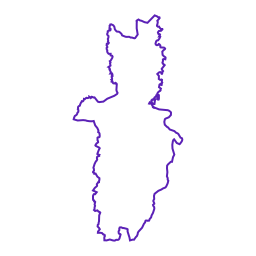 outline of Bagoue, Savanes, Ivory Coast
{"feature_id": "98640826B26044148659027", "entity_name": "Bagoue", "entity_type": "district", "adm_level": 2, "iso_a3": "CIV", "parent_name": "Ivory Coast", "parent_adm1": "Savanes", "projection": "natural_earth1", "projection_center": [-6.474, 9.903], "detail": "fine", "context": "isolated", "style": "outline", "palette": "violet", "viewbox_px": 256, "rotation_deg": 0, "n_neighbors": 0, "source": "geoboundaries", "source_scale": "gbopen_adm2", "svg_char_len": 5724}
<svg xmlns="http://www.w3.org/2000/svg" viewBox="0 0 256 256"><path d="M162.2,82.6L161.8,82.3L162.0,79.8L161.5,79.5L160.2,79.9L158.8,79.0L158.9,75.9L157.3,74.0L158.9,72.5L160.0,72.1L160.9,72.2L161.5,73.7L161.9,73.9L162.2,73.5L162.3,72.4L163.1,71.1L161.9,69.6L161.7,68.8L164.7,65.1L164.4,64.7L163.3,64.3L163.1,63.5L162.4,62.8L163.0,60.9L162.9,59.5L163.2,59.2L163.9,59.0L165.3,59.3L165.6,57.8L165.4,57.3L163.8,56.2L162.6,54.9L162.3,51.6L163.5,50.2L164.9,49.2L165.1,48.5L164.0,47.6L160.6,47.4L160.3,47.0L160.3,45.4L159.3,44.2L158.7,44.0L158.0,45.0L156.9,45.2L155.8,44.6L155.5,43.5L156.2,41.2L157.2,40.4L158.1,40.3L159.4,38.6L160.3,36.6L159.9,36.0L159.2,36.2L160.0,34.5L159.6,34.1L158.5,34.0L157.9,32.6L158.1,32.0L158.9,31.0L161.0,30.8L162.4,29.4L162.3,29.0L160.9,29.0L159.5,27.5L159.1,26.6L157.9,26.7L157.0,25.9L157.0,25.1L157.3,24.7L157.8,22.0L157.3,20.8L159.0,18.9L159.1,18.1L159.6,17.9L159.4,17.3L158.0,17.2L157.3,16.5L154.7,15.4L147.5,22.8L144.6,22.2L141.6,20.8L139.9,20.4L138.5,19.5L137.1,20.3L136.5,21.0L136.9,21.8L136.7,22.7L136.7,28.4L137.7,34.5L135.1,38.1L134.3,38.3L131.8,37.5L130.8,37.6L129.2,36.8L126.4,36.9L125.4,36.7L122.1,35.4L121.5,33.9L119.7,32.2L118.8,31.7L117.0,31.6L116.2,31.0L114.9,29.4L114.3,26.7L113.3,25.3L111.2,24.3L110.3,24.5L110.3,25.0L109.6,25.7L109.7,27.3L109.4,28.0L109.5,28.6L110.6,29.0L110.6,29.5L110.4,30.2L109.8,30.6L108.7,30.5L107.7,31.3L107.8,32.3L107.2,33.8L107.2,34.6L108.5,36.1L108.4,37.7L107.8,39.0L108.2,40.3L107.9,41.5L108.8,42.8L108.6,43.3L108.1,43.8L107.2,43.5L106.8,43.7L106.6,45.4L107.2,46.2L107.3,47.0L107.3,47.3L106.7,47.7L106.6,48.2L106.8,49.6L107.3,50.3L107.2,51.7L107.6,52.6L108.6,53.8L110.6,53.8L110.5,54.9L110.6,55.4L112.2,55.8L112.6,56.7L112.3,57.8L110.6,60.7L109.8,61.2L110.5,62.6L110.0,63.2L110.5,65.6L108.5,67.0L109.2,67.3L109.4,68.2L109.3,68.8L109.9,69.0L110.0,69.2L109.8,70.3L110.7,71.6L110.6,72.1L110.9,72.6L110.5,73.3L111.4,73.1L111.7,73.3L111.7,74.0L112.2,73.8L112.4,74.5L112.1,74.8L112.1,75.9L112.5,75.9L112.5,76.3L112.0,76.7L111.7,76.6L111.6,76.9L112.1,78.5L112.0,79.3L111.5,79.6L112.0,80.0L111.7,81.1L112.1,81.0L112.3,81.2L112.1,81.8L112.6,82.0L112.6,82.5L113.3,83.3L114.2,83.5L115.3,82.9L115.8,83.6L116.3,83.4L116.8,84.1L116.4,90.0L116.9,91.8L117.5,92.6L117.4,93.4L117.0,94.0L114.3,95.8L107.3,98.7L103.4,101.6L99.2,102.1L97.9,101.7L94.5,97.4L93.3,97.5L92.6,97.0L91.7,96.8L91.3,97.6L90.8,98.0L90.3,97.2L89.3,96.7L89.4,97.4L88.9,97.8L87.2,98.1L86.5,97.8L85.8,98.2L84.9,99.1L84.0,98.9L84.0,99.4L83.3,100.9L82.8,101.3L81.8,101.2L81.6,102.0L81.1,102.4L80.1,104.6L79.9,105.6L78.6,106.3L78.1,107.0L78.0,107.8L78.1,108.6L77.8,109.2L78.4,110.1L78.3,111.8L77.4,112.8L77.2,113.8L76.5,114.9L74.8,116.0L74.0,117.9L73.7,119.3L77.7,120.5L83.2,120.1L85.7,120.4L86.8,120.8L89.3,121.2L91.9,121.3L93.7,121.0L95.2,125.4L97.3,128.0L98.4,130.4L98.2,132.2L99.0,132.6L99.5,133.5L99.7,135.5L99.6,136.8L99.2,137.2L98.0,137.3L97.5,137.7L97.5,140.3L98.0,141.1L98.1,142.3L96.5,143.5L95.6,144.8L95.4,145.5L95.9,146.0L99.2,147.6L99.7,148.2L98.7,150.2L97.4,153.7L97.4,154.1L99.4,154.9L99.0,155.5L99.1,156.0L97.6,156.5L97.0,157.1L96.9,158.2L97.2,159.5L96.6,160.7L95.9,161.3L94.6,163.9L93.4,167.8L93.9,168.9L94.0,170.7L93.1,171.7L93.0,172.2L93.3,172.6L94.2,173.0L94.3,173.8L95.6,173.6L97.4,176.7L99.4,178.2L99.4,179.9L99.1,180.7L99.0,182.2L97.9,182.4L97.6,183.3L96.9,184.0L96.8,184.5L97.1,185.2L96.9,186.1L94.8,187.9L93.0,190.5L96.7,192.2L95.1,194.2L94.0,194.1L93.6,194.5L93.0,195.9L93.0,198.3L93.1,199.9L94.0,200.4L94.1,201.4L94.9,201.5L95.2,201.9L94.6,204.6L95.1,205.9L94.6,207.1L94.5,209.3L94.0,210.0L95.1,211.0L97.4,210.4L98.5,211.6L99.6,211.9L99.6,212.4L100.2,212.8L99.2,215.3L99.0,221.4L98.6,222.8L98.6,224.0L97.8,224.8L97.6,226.5L99.0,227.9L99.8,229.2L98.0,231.6L97.9,232.8L100.7,232.8L102.1,233.1L103.1,234.3L103.6,234.3L104.2,235.0L104.8,235.2L104.8,236.4L104.4,236.9L104.3,237.9L104.4,240.3L106.6,240.4L109.8,239.5L113.2,240.5L114.8,240.6L116.2,239.8L117.9,239.9L118.7,239.5L119.4,238.6L120.6,234.5L120.3,234.1L119.3,233.9L118.7,233.1L118.6,231.3L119.4,230.0L119.2,228.9L119.7,227.5L121.0,227.3L123.0,228.1L123.6,228.0L127.0,228.9L127.6,229.3L127.6,231.6L129.5,237.6L130.0,240.4L132.8,239.6L134.0,239.7L135.9,237.0L136.8,236.2L137.6,234.4L137.9,232.6L138.6,231.5L142.1,227.7L144.0,223.7L145.1,222.4L145.4,221.0L145.7,220.6L146.9,220.5L147.6,220.8L149.1,220.6L149.7,219.0L151.1,217.4L151.6,215.4L153.0,212.9L154.3,208.8L154.2,207.1L153.3,205.9L153.0,204.9L154.3,203.7L154.2,203.1L153.3,201.1L153.4,200.5L154.2,199.0L154.0,195.9L154.6,193.8L158.4,190.8L161.4,189.5L162.9,188.5L165.4,187.5L166.2,186.5L167.6,183.5L168.3,180.7L167.7,179.7L167.7,178.1L166.9,176.3L167.4,172.2L167.0,168.3L167.1,165.7L167.9,164.5L170.8,161.8L172.0,161.8L173.0,157.2L174.3,154.6L172.5,148.6L172.3,144.8L172.9,141.1L173.5,139.8L174.1,139.3L176.8,143.0L179.5,144.2L180.0,143.8L181.6,141.6L182.1,140.6L182.3,139.4L182.0,138.3L180.5,137.6L178.3,133.9L177.3,133.2L176.2,132.8L174.4,131.1L169.8,129.5L167.9,127.3L167.0,126.9L164.8,124.7L164.3,121.9L164.9,119.2L165.6,118.6L168.8,117.3L170.9,115.0L171.0,112.6L170.6,111.9L169.0,110.7L167.8,110.2L159.1,109.4L154.5,107.6L154.1,107.9L153.1,107.3L153.4,106.8L152.6,106.1L151.4,103.8L150.8,103.5L149.5,103.7L149.1,103.6L149.7,102.4L150.5,102.9L151.2,102.2L151.4,100.4L151.6,100.2L151.8,100.3L151.4,101.3L152.2,103.0L153.8,104.1L154.5,104.0L154.8,101.2L155.3,99.2L154.9,98.9L154.3,99.0L153.2,99.7L152.9,99.3L154.0,98.8L154.5,97.5L155.9,96.5L156.2,95.7L157.1,96.3L157.4,97.9L157.2,99.0L158.0,99.6L158.6,99.6L158.9,98.9L158.9,95.2L158.6,94.9L157.6,95.1L157.1,94.6L157.2,93.9L157.9,92.5L159.6,91.0L160.2,90.9L160.6,90.3L160.5,89.6L160.9,88.6L159.0,87.2L159.5,84.6L160.3,84.0L161.3,85.0L161.7,84.9L161.7,83.8L162.2,82.6Z" fill="none" stroke="#5b21b6" stroke-width="2"/></svg>